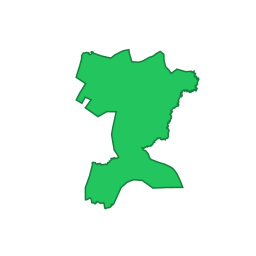 the district of Kalgo, Kebbi, Nigeria, rotated 213°
{"feature_id": "59680162B5199404243189", "entity_name": "Kalgo", "entity_type": "district", "adm_level": 2, "iso_a3": "NGA", "parent_name": "Nigeria", "parent_adm1": "Kebbi", "projection": "robinson", "projection_center": [4.022, 12.386], "detail": "fine", "context": "isolated", "style": "filled", "palette": "green", "viewbox_px": 256, "rotation_deg": 213, "n_neighbors": 0, "source": "geoboundaries", "source_scale": "gbopen_adm2", "svg_char_len": 5704}
<svg xmlns="http://www.w3.org/2000/svg" viewBox="0 0 256 256"><g transform="rotate(213 128 128)"><path d="M169.9,194.2L173.9,190.3L176.3,186.6L178.9,181.9L180.4,177.3L189.5,173.9L197.5,172.0L198.7,172.6L200.1,172.2L200.3,171.9L200.2,171.4L199.9,171.2L199.3,171.1L198.8,170.7L198.7,170.3L199.5,169.2L200.2,168.7L201.0,168.7L201.4,169.6L201.8,169.7L202.4,169.3L203.8,168.9L205.6,166.9L206.3,166.6L206.2,163.5L204.5,160.5L202.5,154.3L199.1,142.3L187.7,142.1L187.5,131.3L186.7,123.4L180.1,123.6L180.7,130.6L174.3,131.5L174.8,121.7L159.4,121.2L154.7,130.2L146.7,135.2L141.0,120.1L138.1,113.4L127.5,102.0L123.2,100.2L119.8,98.4L120.1,97.9L120.3,97.6L120.4,97.1L120.8,96.9L120.9,96.4L121.8,95.9L122.3,95.5L123.0,95.8L123.8,94.9L123.7,94.3L123.4,94.1L123.7,93.8L124.1,93.8L124.5,94.1L125.1,93.7L125.5,93.2L125.3,92.7L125.0,92.3L124.8,91.9L124.9,91.0L125.1,90.5L125.5,90.1L125.0,89.7L125.4,88.6L125.6,88.3L126.0,88.1L126.2,87.7L125.8,87.1L125.8,86.7L125.6,85.8L126.0,85.6L126.4,85.7L127.1,85.5L128.7,83.9L129.1,83.4L129.9,83.1L130.0,82.7L130.4,82.5L130.8,82.5L131.2,82.9L131.9,83.1L132.3,83.0L132.6,82.2L132.8,81.9L133.2,81.6L133.7,81.8L134.2,81.3L134.2,80.6L134.8,80.4L135.4,80.5L136.3,81.1L136.6,81.1L137.3,80.6L138.6,80.3L139.1,79.6L138.9,79.2L138.8,78.8L138.5,78.8L137.9,78.1L134.1,66.7L131.2,54.6L124.6,44.6L124.0,45.0L123.6,45.4L123.3,46.0L122.9,46.3L122.5,47.9L122.0,48.4L121.5,48.6L120.2,48.3L119.7,47.9L118.2,46.2L117.7,45.7L116.9,45.9L116.3,46.7L115.7,46.4L114.9,46.5L114.4,46.4L113.9,47.3L114.1,47.7L114.1,48.2L114.4,48.8L114.2,49.2L113.1,49.4L112.4,49.8L111.7,49.9L110.8,49.7L109.8,49.9L109.4,50.5L108.8,51.0L107.8,51.4L107.5,51.9L107.0,51.7L106.6,51.2L105.9,50.5L105.3,49.7L103.7,48.1L102.9,48.1L102.6,48.9L101.3,50.3L100.5,50.9L99.8,51.8L99.5,53.5L100.4,54.8L100.0,55.2L99.5,55.0L99.0,55.0L98.7,56.8L101.4,74.5L99.2,82.1L95.1,87.7L87.4,91.8L74.4,91.2L63.2,99.1L49.7,108.0L56.8,113.0L62.4,116.4L67.2,118.2L69.6,118.5L71.4,118.4L77.7,117.6L82.1,116.2L91.0,114.2L93.1,114.4L95.6,116.1L96.5,117.1L99.7,118.2L100.8,118.5L103.4,117.9L105.2,119.0L104.5,119.3L104.2,119.7L103.7,119.6L103.5,119.8L103.1,120.9L103.1,121.4L102.7,121.5L102.5,121.9L102.5,122.5L102.2,122.7L101.4,122.7L101.3,123.7L100.7,123.8L100.0,124.7L99.4,125.0L99.0,125.4L99.2,126.1L98.8,126.1L98.6,126.3L98.8,126.7L98.8,127.1L98.4,127.9L98.8,128.3L98.8,128.7L98.6,129.2L98.7,129.9L98.0,130.2L97.9,130.5L98.1,130.7L98.8,130.8L98.8,131.3L98.5,131.7L98.3,132.5L98.3,133.1L97.9,133.4L97.7,133.7L97.9,135.5L97.5,135.7L97.2,135.4L96.9,135.6L96.9,136.1L96.5,136.8L95.5,137.3L95.1,136.5L94.7,136.3L94.3,136.5L93.4,136.5L93.1,136.8L92.4,137.3L92.7,137.9L92.5,138.3L91.7,138.3L91.3,138.6L90.4,138.4L90.5,139.1L90.3,140.4L89.5,140.6L89.4,141.2L89.3,141.9L89.7,142.7L89.8,143.3L90.5,143.9L90.9,144.9L91.5,145.4L91.7,146.0L92.0,147.7L92.5,148.5L94.2,149.3L94.6,149.3L94.8,148.9L95.4,149.0L95.8,149.3L95.8,150.0L95.4,150.6L95.0,150.9L95.2,151.6L95.6,151.9L96.1,151.8L96.5,152.1L97.2,153.7L97.4,154.3L96.9,154.3L96.6,154.1L96.4,154.3L96.5,154.8L96.9,155.1L96.4,155.9L96.3,156.2L96.9,156.4L97.3,156.7L96.8,157.5L96.9,158.3L97.2,159.0L97.1,159.6L97.6,161.0L98.0,161.2L98.4,161.8L98.9,162.0L100.0,162.2L100.4,162.4L100.3,162.9L99.8,163.0L99.8,163.5L100.1,163.4L100.1,164.0L99.8,164.4L100.1,164.8L100.1,165.2L99.7,165.5L99.7,165.9L100.1,165.9L100.4,166.0L100.4,165.7L100.7,165.5L101.3,165.9L101.5,166.2L101.2,166.6L101.2,168.2L100.9,169.0L100.5,169.7L99.8,170.2L99.5,171.9L98.0,173.5L97.9,174.2L98.1,175.0L98.5,175.3L98.9,175.4L99.2,175.3L99.3,175.0L99.8,174.9L99.9,175.4L99.9,175.8L99.5,176.2L99.3,176.8L99.9,177.6L99.9,178.0L100.6,178.3L101.0,179.3L101.3,182.7L101.1,183.0L100.6,183.2L100.2,183.7L100.2,184.3L100.4,184.8L100.7,185.1L100.9,184.8L100.6,184.0L101.2,184.3L101.9,183.9L102.1,184.3L102.1,184.6L101.6,184.6L101.5,184.9L102.2,185.6L102.9,186.1L102.9,186.4L102.5,186.9L102.2,186.8L101.9,186.8L101.9,187.3L102.1,187.5L102.8,187.7L102.6,188.2L102.8,188.6L102.7,189.0L102.2,189.2L101.8,189.7L101.5,189.6L101.0,189.7L101.3,190.2L100.6,190.3L100.7,190.7L100.3,190.6L100.0,191.1L99.6,191.2L99.5,190.8L99.4,190.9L99.4,191.9L99.3,192.0L99.1,191.7L98.5,191.4L98.2,190.9L97.8,191.6L97.3,191.4L97.2,191.6L97.3,192.1L97.0,192.2L96.9,192.4L96.7,192.4L96.4,192.2L95.9,192.2L96.0,191.8L96.0,191.7L95.6,191.5L95.4,191.9L95.3,192.3L94.9,192.1L94.7,192.2L94.8,192.6L95.0,192.9L94.8,193.1L95.1,193.4L95.1,194.3L94.9,194.4L94.5,194.1L94.5,193.5L94.5,193.4L94.2,193.8L93.6,194.1L93.5,194.4L93.6,194.8L93.4,194.9L93.2,194.6L93.5,195.4L93.7,196.0L93.3,196.3L93.0,196.1L92.9,196.5L92.7,196.6L92.7,197.1L92.4,197.0L92.2,196.3L91.8,196.3L91.4,196.1L91.1,196.3L91.4,197.1L91.2,197.6L91.6,198.8L92.6,199.0L93.0,198.8L93.3,199.0L93.3,199.3L93.5,199.5L93.8,199.6L94.1,199.5L94.5,199.6L94.7,199.9L94.5,200.5L93.9,200.6L93.8,200.8L93.6,202.6L93.9,202.5L94.4,202.9L94.6,204.1L94.9,205.0L95.0,207.1L95.5,207.5L95.7,207.9L96.1,208.2L96.3,208.1L96.4,207.9L96.4,207.6L96.2,207.0L96.3,206.7L96.6,206.4L96.9,206.5L97.1,206.8L97.0,207.5L97.3,207.7L98.0,207.2L98.3,207.3L98.4,207.6L98.3,208.0L98.5,208.3L98.6,208.5L99.0,208.5L100.1,207.6L100.1,207.9L100.8,208.0L100.7,208.7L100.9,209.5L100.9,210.2L101.0,210.3L101.3,209.8L101.7,209.7L101.8,209.8L101.8,210.3L102.0,210.3L102.2,210.2L102.4,209.9L102.9,209.8L103.0,210.1L103.0,210.5L103.5,211.4L103.6,210.9L103.4,210.8L103.5,210.6L103.8,210.4L104.1,210.5L104.2,210.3L104.4,209.6L104.6,209.5L104.8,209.7L105.0,210.0L105.3,209.9L105.7,210.1L110.3,206.6L119.0,204.0L120.3,200.4L121.6,197.3L125.0,198.8L128.8,199.6L130.6,200.4L132.0,201.9L134.3,203.9L138.1,209.3L142.7,209.8L144.8,205.8L145.5,203.5L146.3,201.7L148.6,198.8L152.2,192.0L155.0,188.9L160.9,185.6L168.1,191.9L169.9,194.2Z" fill="#22c55e" stroke="#15803d" stroke-width="1.5"/></g></svg>